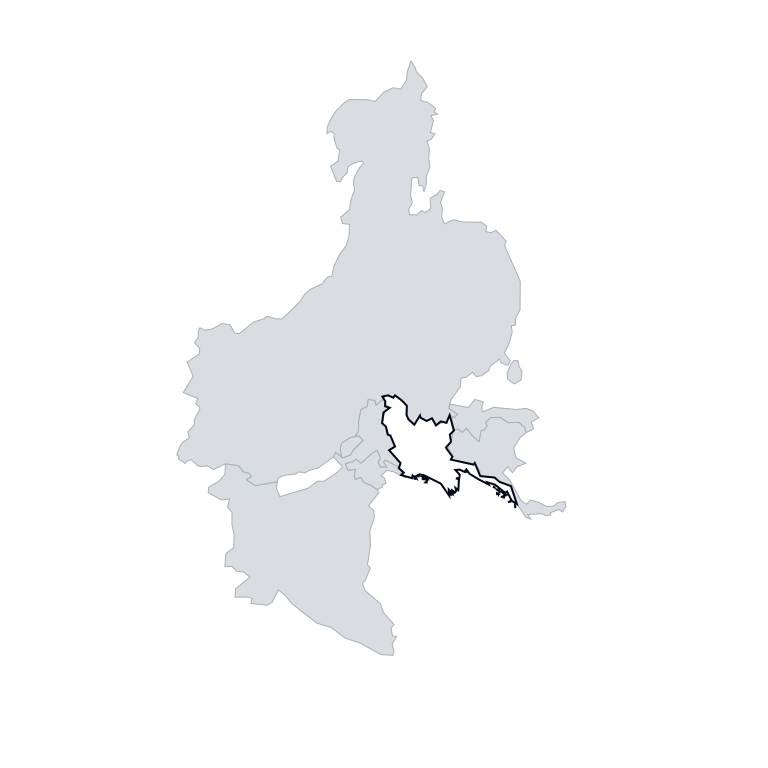 Myanmar highlighted, Albers equal-area conic projection, rotated 312°
{"feature_id": "MMR", "entity_name": "Myanmar", "entity_type": "country or territory", "adm_level": 0, "iso_a3": "MMR", "parent_name": "Asia", "parent_adm1": "", "projection": "albers", "projection_center": [96.922, 19.196], "detail": "medium", "context": "with_neighbors", "style": "outline", "palette": "ink", "viewbox_px": 768, "rotation_deg": 312, "n_neighbors": 6, "source": "natural_earth", "source_scale": "50m", "svg_char_len": 7948}
<svg xmlns="http://www.w3.org/2000/svg" viewBox="0 0 768 768"><g transform="rotate(312 384 384)"><path d="M443.1,522.0L434.6,521.1L423.1,523.3L417.5,531.2L420.0,542.3L411.8,538.3L404.0,538.7L405.2,531.4L397.2,531.6L396.7,541.8L389.1,563.6L389.8,570.3L395.9,570.5L399.8,578.8L401.6,586.7L406.9,591.8L412.6,592.7L417.6,597.3L414.7,601.1L408.5,602.4L407.6,597.7L399.9,593.9L398.3,595.6L394.5,592.1L392.8,587.6L383.3,578.2L381.8,583.6L380.0,578.5L383.6,563.9L392.8,545.7L389.2,537.3L388.2,527.8L379.9,515.8L383.0,514.1L386.2,505.9L372.5,484.9L376.2,483.1L380.1,473.0L386.3,472.5L396.2,466.2L400.0,469.0L400.6,474.6L406.5,474.9L404.6,484.8L405.0,493.1L414.1,487.3L416.8,488.9L421.9,488.5L423.6,485.1L430.2,485.5L437.2,492.8L438.2,502.0L445.8,509.8L445.8,517.7L443.1,522.0Z" fill="#d9dde1" stroke="#a8b0b8" stroke-width="1"/><path d="M462.5,521.6L454.4,518.7L450.6,525.3L443.1,522.0L445.8,517.7L445.8,509.8L438.2,502.0L437.2,492.8L430.2,485.5L423.6,485.1L421.9,488.5L416.8,488.9L414.1,487.3L405.0,493.1L404.6,484.8L406.5,474.9L400.6,474.6L400.0,469.0L396.2,466.2L398.0,462.7L405.2,456.5L406.0,458.7L410.6,458.8L409.0,448.2L413.4,446.7L422.8,462.2L433.4,461.9L437.1,469.9L431.7,472.5L429.3,476.0L440.0,481.1L453.9,499.7L460.9,505.8L463.6,512.2L462.5,521.6Z" fill="#d9dde1" stroke="#a8b0b8" stroke-width="1"/><path d="M371.9,393.5L372.5,397.0L369.6,398.7L370.3,404.4L364.4,402.7L353.6,409.0L353.8,414.3L349.1,422.1L348.6,426.6L344.7,434.2L338.1,432.0L337.6,441.6L335.6,444.7L336.4,448.7L332.2,450.8L328.1,435.9L325.7,435.9L324.2,441.8L319.7,436.8L322.4,431.6L326.2,431.2L330.3,423.4L325.5,421.7L309.8,420.0L309.3,413.6L305.4,412.9L298.9,408.6L295.7,414.8L301.5,420.0L296.1,423.2L294.0,426.5L299.1,429.2L297.4,434.8L300.0,441.9L301.0,449.6L299.6,453.0L283.1,453.9L283.2,461.0L278.3,466.2L265.4,471.7L254.9,482.0L238.6,492.7L238.2,497.0L225.4,501.5L221.2,501.6L217.8,508.5L218.3,528.4L213.6,536.8L212.0,552.5L207.3,552.4L202.4,559.0L204.9,562.3L196.2,564.0L192.4,569.9L188.4,572.1L180.7,562.6L175.5,539.6L169.2,525.4L167.7,507.7L161.3,493.9L159.1,463.3L160.7,452.1L160.2,443.2L147.0,447.0L141.2,445.0L131.8,432.0L136.4,429.4L134.5,425.4L125.9,415.9L132.5,410.7L150.8,413.6L150.4,405.5L146.4,400.1L146.6,392.9L141.8,388.0L152.3,379.8L161.7,381.9L171.6,373.5L177.9,365.0L186.9,356.9L187.6,350.4L195.1,346.1L189.2,340.8L185.5,326.2L189.9,322.9L201.5,326.5L210.4,326.2L218.8,319.6L226.1,330.9L224.6,338.2L227.3,343.1L226.5,347.7L220.9,345.9L222.1,356.1L240.1,370.1L234.6,373.7L230.6,382.0L255.9,397.4L267.1,399.5L271.6,404.5L287.8,408.5L294.7,408.7L295.9,395.2L301.0,393.6L301.5,402.7L308.9,406.5L314.2,405.3L327.9,406.1L328.7,400.4L325.4,397.4L332.1,396.4L339.7,389.7L349.3,384.0L356.1,386.4L362.0,382.5L365.8,388.3L363.0,392.1L371.9,393.5Z" fill="#d9dde1" stroke="#a8b0b8" stroke-width="1"/><path d="M332.2,450.8L331.8,457.5L328.9,456.0L329.2,463.6L325.0,449.3L321.6,443.8L313.8,443.2L314.4,447.0L311.5,452.1L308.0,450.1L306.7,451.7L301.0,449.6L300.0,441.9L297.4,434.8L299.1,429.2L294.0,426.5L296.1,423.2L301.5,420.0L295.7,414.8L298.9,408.6L305.4,412.9L309.3,413.6L309.8,420.0L325.5,421.7L330.3,423.4L326.2,431.2L322.4,431.6L319.7,436.8L324.2,441.8L325.7,435.9L328.1,435.9L332.2,450.8Z" fill="#d9dde1" stroke="#a8b0b8" stroke-width="1"/><path d="M321.9,394.8L328.7,400.4L327.9,406.1L314.2,405.3L308.9,406.5L301.5,402.7L301.4,400.8L307.2,394.2L311.7,392.1L321.9,394.8Z" fill="#d9dde1" stroke="#a8b0b8" stroke-width="1"/><path d="M478.6,483.2L471.2,480.8L470.4,472.8L474.4,468.3L483.7,465.0L488.7,464.9L490.9,468.3L487.4,472.7L485.8,478.2L478.6,483.2ZM243.4,262.0L243.3,257.2L248.6,255.5L243.3,240.5L262.1,237.0L268.5,223.0L282.8,226.7L287.1,223.3L287.9,215.4L294.0,215.0L299.7,210.1L302.6,209.6L304.2,215.1L310.1,219.6L320.3,223.1L325.1,229.7L321.9,239.1L324.5,242.7L343.1,245.8L352.0,251.1L356.6,252.1L359.9,259.8L364.3,264.8L388.1,266.4L398.0,265.0L405.5,266.1L416.8,270.9L425.9,270.5L429.3,273.0L437.9,268.0L449.9,264.4L461.1,263.3L469.6,259.7L479.6,251.6L475.5,245.9L478.9,240.3L490.9,241.6L497.8,236.6L508.6,232.2L513.4,226.3L518.2,223.4L528.6,221.1L534.5,221.2L534.9,218.3L527.6,213.6L521.5,211.8L516.4,215.3L509.1,214.9L505.1,216.4L502.9,213.3L510.0,198.7L518.9,200.6L528.3,194.5L527.8,191.2L533.1,182.4L536.7,179.4L536.1,175.4L532.0,174.1L537.3,169.7L545.7,167.2L554.9,165.6L565.6,166.1L572.1,167.8L584.1,181.4L588.0,188.4L600.8,188.6L610.2,192.5L614.5,199.2L625.4,197.1L630.9,192.7L642.1,187.9L639.9,195.7L637.7,199.2L637.1,208.4L633.9,217.2L624.9,217.6L619.2,221.6L622.5,228.2L623.4,238.1L619.7,239.1L620.5,243.3L614.8,239.3L612.8,244.5L602.0,250.2L604.0,254.5L597.5,255.3L593.5,253.3L589.4,260.1L581.9,266.0L576.6,272.5L566.4,276.6L561.4,281.4L553.6,285.0L557.1,280.4L555.0,277.3L560.2,270.7L555.6,266.8L541.7,277.8L537.7,283.9L530.3,285.3L526.9,289.8L531.6,295.2L538.1,295.8L538.8,299.7L545.3,301.5L553.0,294.1L560.3,296.5L565.3,296.1L567.3,300.5L556.7,304.5L553.7,309.7L546.7,315.2L543.5,321.9L552.6,325.7L556.9,334.0L569.2,347.7L570.1,354.5L565.4,357.7L568.0,362.2L573.1,364.4L571.9,379.5L567.5,380.9L551.4,416.6L530.0,435.6L520.6,437.7L515.8,442.3L512.5,439.6L508.2,444.7L496.6,450.4L487.7,452.6L485.5,462.6L480.8,463.5L478.0,457.0L479.8,453.2L468.1,451.0L464.1,452.8L455.4,450.9L451.1,447.4L452.1,441.9L444.2,440.6L440.0,437.3L433.0,442.6L417.9,444.2L409.0,448.2L410.6,458.8L406.0,458.7L404.8,452.6L398.6,455.5L388.4,450.4L390.8,442.6L385.4,440.9L383.3,432.4L374.4,434.0L375.3,422.9L383.2,415.1L383.1,400.4L379.5,398.2L376.7,392.8L371.9,393.5L363.0,392.1L365.8,388.3L362.0,382.5L356.1,386.4L349.3,384.0L339.7,389.7L332.1,396.4L325.4,397.4L321.9,394.8L311.7,392.1L307.2,394.2L301.4,400.8L301.0,393.6L295.9,395.2L277.2,391.2L270.8,386.7L264.5,384.4L262.1,379.8L257.6,378.2L249.9,371.5L243.6,368.2L240.1,370.1L222.1,356.1L220.9,345.9L226.5,347.7L227.3,343.1L224.6,338.2L226.1,330.9L218.8,319.6L206.4,314.6L204.9,307.5L199.7,302.7L198.6,300.0L198.8,291.5L194.4,289.0L191.8,289.5L190.9,281.3L193.3,279.6L192.6,277.4L200.3,274.3L205.7,273.3L213.6,275.4L217.1,270.3L226.9,270.3L229.9,267.3L242.2,263.9L243.4,262.0Z" fill="#d9dde1" stroke="#a8b0b8" stroke-width="1"/><path d="M396.3,467.1L390.5,466.8L385.9,472.4L378.1,472.6L375.8,483.5L372.5,484.2L384.0,504.5L386.0,504.3L380.0,517.2L388.5,528.8L388.5,535.2L393.1,546.7L383.7,563.0L382.7,557.1L386.4,547.4L384.2,547.2L383.5,534.0L380.1,526.5L379.3,529.0L376.5,518.3L374.5,507.5L375.7,502.4L372.6,502.8L371.0,497.5L367.9,494.6L367.2,501.1L364.2,503.0L362.1,500.5L363.3,503.5L354.9,510.2L354.6,506.7L353.0,509.2L351.0,509.3L350.6,505.9L348.5,508.4L348.9,502.8L344.6,507.3L348.0,492.9L343.5,476.8L342.4,480.4L338.7,475.9L341.6,477.2L342.8,476.4L343.1,475.3L340.7,470.9L336.7,469.3L335.6,471.3L335.2,466.4L332.8,467.9L327.8,457.7L331.4,458.0L331.3,451.4L336.3,449.2L338.2,432.1L344.9,434.0L350.0,423.2L348.9,420.6L353.6,414.0L353.6,408.8L362.5,402.7L370.1,404.1L368.2,399.7L372.0,396.5L373.6,391.2L378.3,394.6L380.0,400.0L382.9,399.8L383.7,407.9L383.1,415.6L376.1,421.4L374.1,425.8L374.0,433.8L384.7,431.8L383.4,433.8L385.1,440.5L390.6,442.6L388.0,450.4L394.2,451.2L396.9,456.4L404.7,453.7L396.3,467.1ZM340.7,474.2L342.7,475.5L342.3,476.4L341.0,476.4L340.7,474.2ZM381.2,538.5L382.5,540.4L381.2,541.7L381.2,538.5ZM340.8,480.7L339.3,481.6L338.6,480.6L340.8,480.7ZM381.8,546.8L383.2,549.1L382.4,548.8L381.8,546.8ZM347.6,507.4L346.2,508.9L348.0,505.6L347.6,507.4ZM374.6,503.7L373.5,504.8L374.1,503.0L374.6,503.7ZM381.0,548.6L380.2,548.9L381.1,546.9L381.0,548.6ZM379.2,555.2L381.1,556.1L380.9,556.5L379.2,555.2ZM383.9,545.2L382.7,545.8L382.6,544.0L383.9,545.2ZM381.1,563.3L379.6,564.5L381.2,562.9L381.1,563.3ZM334.2,469.5L334.7,471.6L333.8,469.1L334.2,469.5ZM381.2,534.6L381.1,536.2L380.7,533.7L381.2,534.6ZM338.8,471.1L339.0,472.3L338.1,470.5L338.8,471.1ZM379.5,542.3L378.7,542.7L379.0,542.1L379.5,542.3ZM378.3,541.2L378.4,542.3L377.8,541.7L378.3,541.2ZM379.1,547.3L379.2,548.2L378.5,546.2L379.1,547.3ZM350.0,508.6L349.1,509.2L350.0,508.2L350.0,508.6Z" fill="none" stroke="#020617" stroke-width="2"/></g></svg>